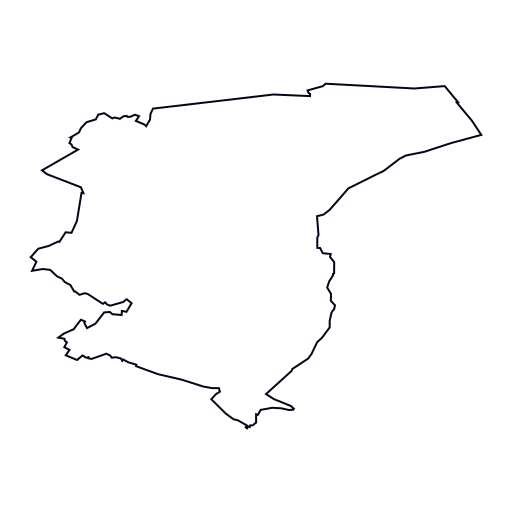 outline of Clondalkin Lea-7, South Dublin, Ireland
{"feature_id": "5873133B52619752343390", "entity_name": "Clondalkin Lea-7", "entity_type": "district", "adm_level": 2, "iso_a3": "IRL", "parent_name": "Ireland", "parent_adm1": "South Dublin", "projection": "equal_earth", "projection_center": [-6.483, 53.28], "detail": "fine", "context": "isolated", "style": "outline", "palette": "ink", "viewbox_px": 512, "rotation_deg": 0, "n_neighbors": 0, "source": "geoboundaries", "source_scale": "gbopen_adm2", "svg_char_len": 2185}
<svg xmlns="http://www.w3.org/2000/svg" viewBox="0 0 512 512"><path d="M481.3,134.9L471.9,120.7L456.7,102.5L458.1,102.3L444.7,86.1L414.3,88.5L325.7,83.7L322.7,86.2L307.6,90.4L308.3,92.5L310.1,93.9L310.0,96.1L273.5,94.5L153.0,108.6L150.5,113.9L150.0,119.7L146.1,126.2L144.6,124.6L135.9,120.9L139.0,116.2L134.9,114.7L130.6,116.7L127.5,116.9L126.7,115.9L123.5,116.3L119.9,118.8L114.6,117.5L112.3,118.4L104.2,113.2L98.3,114.6L95.8,119.4L86.5,122.2L81.0,128.1L78.9,132.5L70.6,137.4L71.7,137.7L69.4,143.0L71.5,144.5L72.6,147.1L78.1,149.6L42.0,170.3L47.0,174.2L80.9,187.3L83.4,193.2L81.5,192.9L76.9,221.1L71.5,232.8L65.6,232.3L59.4,241.9L58.3,241.5L48.5,246.0L38.3,248.7L30.7,257.2L36.4,261.7L32.1,270.8L43.0,269.0L50.2,269.9L57.0,276.3L61.9,278.6L64.8,282.1L70.4,285.0L74.2,291.6L75.1,291.4L79.5,294.8L84.8,293.2L87.8,294.0L101.7,303.1L103.1,303.8L105.1,302.3L106.8,304.3L110.2,305.7L123.2,302.0L126.6,299.2L131.6,303.2L126.5,311.8L121.9,310.9L121.6,315.0L112.4,314.2L109.9,312.0L104.2,312.4L95.4,323.7L87.0,328.1L84.3,322.9L85.0,321.5L80.9,319.7L73.7,329.2L64.0,333.5L58.3,337.6L64.5,338.8L64.8,340.7L66.9,342.4L64.3,347.2L69.5,349.9L65.8,355.3L77.0,360.0L82.6,355.4L86.0,357.7L88.4,357.2L88.3,358.3L91.6,358.9L106.4,353.7L110.1,355.5L111.8,357.7L115.9,357.2L120.9,358.5L122.3,360.8L123.2,359.5L128.3,362.3L136.4,364.7L136.1,366.2L158.1,374.2L181.5,379.6L203.1,386.5L212.1,388.1L218.9,388.1L219.9,391.7L216.1,394.0L211.3,399.2L225.8,413.6L233.4,419.2L238.1,420.4L246.9,425.5L245.7,427.3L247.2,428.3L248.0,426.4L249.8,427.0L250.2,425.4L252.8,425.3L256.1,422.5L256.1,414.2L257.9,414.8L260.6,409.9L272.1,407.8L281.3,408.3L288.9,410.0L293.2,409.7L293.9,408.8L291.1,406.1L273.9,399.1L266.0,394.1L291.6,370.9L292.3,369.0L308.1,358.6L311.5,354.0L317.1,342.2L321.8,338.0L329.7,327.4L329.7,320.7L331.6,312.3L334.2,309.0L335.0,305.3L330.8,300.8L331.0,293.9L327.2,287.6L329.1,281.5L333.0,275.4L333.0,273.9L334.1,273.4L334.2,262.2L330.0,256.9L330.7,254.0L322.8,253.2L320.1,248.0L317.3,247.9L317.3,237.7L318.5,235.1L317.0,216.2L323.5,214.6L329.6,209.9L348.5,188.3L373.4,175.9L383.7,170.9L399.4,158.9L405.9,155.5L424.4,151.8L451.3,143.0L481.3,134.9Z" fill="none" stroke="#020617" stroke-width="2"/></svg>